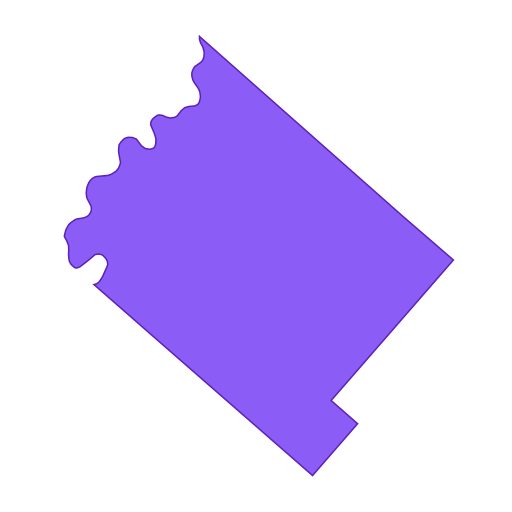 Harrison, Iowa, United States of America (Robinson projection), rotated 41°
{"feature_id": "52423323B91984368799839", "entity_name": "Harrison", "entity_type": "district", "adm_level": 2, "iso_a3": "USA", "parent_name": "United States of America", "parent_adm1": "Iowa", "projection": "robinson", "projection_center": [-96.054, 41.686], "detail": "fine", "context": "isolated", "style": "filled", "palette": "violet", "viewbox_px": 512, "rotation_deg": 41, "n_neighbors": 0, "source": "geoboundaries", "source_scale": "gbopen_adm2", "svg_char_len": 1585}
<svg xmlns="http://www.w3.org/2000/svg" viewBox="0 0 512 512"><g transform="rotate(41 256 256)"><path d="M340.4,129.7L69.3,127.4L71.4,129.7L74.1,131.4L78.4,133.0L82.5,135.6L83.8,136.9L86.0,139.9L87.3,143.1L87.3,146.0L85.6,152.8L85.6,154.7L86.5,157.8L87.5,160.0L89.8,162.5L92.9,164.6L95.5,165.6L103.0,167.5L106.2,169.2L109.6,172.3L110.9,174.3L112.4,177.5L112.6,179.8L111.5,182.7L107.5,186.9L105.0,190.6L104.2,195.2L104.6,202.2L103.6,204.8L100.8,208.1L96.8,210.2L93.4,211.1L90.3,213.1L89.2,214.6L88.2,219.1L88.2,221.5L88.7,223.6L90.4,226.1L99.1,230.3L103.7,233.3L106.4,236.7L107.4,238.5L107.9,239.9L108.0,241.2L107.6,242.6L105.9,245.0L102.1,247.5L97.4,248.0L88.9,246.2L84.9,247.7L81.6,250.3L80.2,252.5L79.5,254.3L79.3,258.3L79.3,258.5L79.7,261.9L81.4,264.4L83.2,266.7L85.2,268.6L92.0,274.0L93.1,275.6L94.6,279.9L94.8,283.7L93.2,289.2L91.5,292.2L83.7,300.4L82.5,302.1L81.5,305.1L81.4,307.9L81.7,310.4L82.7,313.4L83.8,315.9L86.4,319.7L89.3,322.4L91.0,323.5L98.5,326.4L100.2,327.7L101.6,329.4L102.5,331.5L102.9,333.7L102.9,335.9L102.1,338.1L100.8,340.5L96.7,345.3L95.6,347.3L94.3,352.6L94.1,355.2L95.3,360.9L97.9,366.2L98.8,367.1L103.3,368.8L107.6,371.0L110.8,374.4L113.1,377.4L116.4,380.7L118.9,382.6L122.1,383.7L126.4,383.8L128.0,383.2L128.8,382.4L130.2,379.7L132.3,369.4L133.6,360.6L134.3,359.6L136.7,357.2L138.7,356.2L140.6,356.0L144.3,356.4L147.2,357.5L149.5,359.5L150.4,361.3L153.7,372.2L154.4,376.5L154.5,378.8L154.3,380.3L153.7,381.9L152.4,383.9L253.3,384.2L442.7,384.6L442.7,315.9L407.5,315.8L407.6,129.5L340.4,129.7Z" fill="#8b5cf6" stroke="#5b21b6" stroke-width="1.5"/></g></svg>